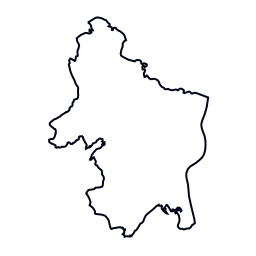 Sichevita, Caras-Severin, Romania (Natural Earth projection), rotated 273°
{"feature_id": "2599482B13579040818065", "entity_name": "Sichevita", "entity_type": "district", "adm_level": 2, "iso_a3": "ROU", "parent_name": "Romania", "parent_adm1": "Caras-Severin", "projection": "natural_earth1", "projection_center": [21.828, 44.711], "detail": "fine", "context": "isolated", "style": "outline", "palette": "ink", "viewbox_px": 256, "rotation_deg": 273, "n_neighbors": 0, "source": "geoboundaries", "source_scale": "gbopen_adm2", "svg_char_len": 5752}
<svg xmlns="http://www.w3.org/2000/svg" viewBox="0 0 256 256"><g transform="rotate(273 128 128)"><path d="M36.4,199.8L40.9,198.9L52.5,195.4L60.7,193.1L64.0,192.4L74.6,190.9L81.4,189.0L84.7,188.6L86.6,188.8L90.0,189.9L91.0,190.6L93.0,192.4L96.5,197.4L99.3,200.6L101.8,203.0L103.5,204.2L106.1,205.4L110.1,206.2L112.0,206.3L115.3,206.3L119.3,206.0L123.7,205.0L131.0,201.9L132.5,201.5L134.6,201.1L136.5,201.1L139.6,201.8L145.0,203.6L149.6,204.8L153.7,205.6L162.7,206.4L166.6,194.0L166.6,192.3L165.7,190.3L165.9,189.5L167.0,188.4L167.5,187.4L167.5,186.6L165.8,182.5L166.2,181.6L167.4,181.8L168.5,181.8L169.7,180.2L170.1,178.3L169.7,177.3L168.2,175.9L168.9,174.4L168.9,173.5L168.1,170.7L168.1,168.6L169.2,166.0L168.6,163.9L168.8,162.6L169.5,162.2L170.0,161.7L170.5,160.4L171.0,159.4L173.2,157.5L175.9,156.3L177.1,155.3L178.2,153.1L178.5,151.1L178.1,149.5L178.0,147.8L178.6,146.8L181.4,144.0L180.1,142.8L179.9,141.8L182.5,141.0L183.7,141.0L185.4,141.9L186.6,142.1L187.3,141.8L187.3,139.5L189.9,139.1L191.1,139.8L191.1,140.5L189.7,141.5L191.1,143.4L192.4,143.5L193.0,142.7L193.1,141.8L193.4,140.9L193.4,140.3L192.6,138.8L193.0,138.0L194.7,137.6L196.1,136.6L196.2,136.2L196.4,134.8L196.4,133.4L196.1,132.6L195.4,132.0L194.9,131.3L195.3,129.3L196.3,124.6L197.1,122.8L198.8,119.2L199.8,117.5L200.1,117.3L201.0,117.0L202.3,116.8L206.0,117.4L209.6,118.5L211.9,118.3L213.2,118.8L214.3,119.6L214.9,120.2L215.2,120.9L215.6,121.5L216.8,120.9L219.6,119.9L221.3,118.9L224.0,115.4L224.8,113.4L225.9,111.6L227.4,110.4L227.3,108.6L226.6,107.9L225.8,107.8L225.0,107.6L224.9,107.2L225.1,106.7L225.3,106.6L226.3,106.9L227.0,106.8L227.6,106.3L228.0,105.6L228.5,103.3L229.9,104.4L230.8,104.2L232.0,102.5L234.5,100.5L234.8,99.1L235.6,97.5L236.4,95.1L236.7,93.2L236.7,90.7L235.7,88.8L232.5,84.3L231.8,83.1L230.9,83.1L229.7,84.7L228.4,85.7L225.2,86.4L224.2,87.5L223.6,87.8L223.3,86.2L224.1,84.5L223.0,84.3L221.6,86.4L221.0,86.0L220.5,85.2L220.3,84.2L220.6,82.9L220.8,80.4L219.6,78.4L218.6,76.2L215.0,72.1L212.4,72.6L211.3,73.1L208.9,74.6L207.7,74.9L204.9,74.4L202.2,73.5L200.1,73.6L197.6,74.1L197.0,73.6L196.8,72.5L195.9,72.2L192.7,71.9L192.2,71.2L194.2,67.5L194.4,66.8L193.6,66.5L193.0,65.9L191.9,65.7L191.0,66.2L189.9,66.4L188.5,65.6L187.9,65.7L184.0,66.9L183.2,66.9L178.2,69.0L172.8,72.0L169.3,73.5L166.2,75.9L165.6,76.1L160.7,76.2L158.2,76.6L155.5,76.4L154.5,75.7L153.8,73.5L153.1,72.6L152.3,72.4L151.8,72.4L151.0,72.0L150.7,71.5L149.8,71.3L148.4,71.4L147.1,71.2L146.7,70.7L146.7,70.3L145.3,68.9L144.5,68.5L143.4,68.7L141.9,67.8L141.3,66.9L140.7,66.3L140.8,65.4L140.1,64.8L137.5,61.0L135.5,59.0L134.7,57.4L133.3,55.4L132.8,53.9L129.8,50.5L128.6,49.6L127.2,49.7L126.4,50.3L124.8,52.3L124.4,53.1L123.2,54.3L123.1,54.6L123.2,55.0L123.1,55.3L122.6,55.6L122.5,55.8L120.5,56.1L119.8,56.0L118.7,56.2L118.2,55.7L117.2,55.7L114.7,54.9L113.3,53.9L113.1,53.7L112.9,52.9L113.0,51.5L112.8,51.2L112.3,49.9L112.1,49.8L110.2,50.0L109.7,50.4L108.8,51.7L108.4,52.7L108.1,53.8L106.9,56.4L105.7,56.8L104.9,56.6L104.7,57.5L104.7,58.5L105.1,59.1L105.4,59.3L104.9,60.3L105.0,61.4L105.2,62.3L105.8,62.9L105.9,65.2L106.1,66.0L106.8,67.1L108.7,68.1L109.8,68.5L110.1,68.5L110.3,68.7L110.1,69.1L110.5,69.6L110.1,70.9L109.1,71.6L109.2,73.2L109.4,73.5L110.3,74.0L110.4,74.7L110.8,75.4L111.9,76.5L112.3,76.7L112.5,76.6L113.2,77.3L113.5,78.6L113.9,79.1L114.2,79.0L114.7,79.4L115.0,79.3L115.4,79.6L115.9,79.7L116.4,79.5L116.8,79.8L117.2,80.6L117.1,81.3L117.4,82.6L116.9,82.9L116.6,83.5L115.3,83.8L115.1,84.1L114.4,84.1L113.2,84.8L112.4,85.6L111.5,85.7L110.4,86.9L108.8,87.6L107.3,87.4L106.1,86.9L105.0,87.2L106.2,88.5L106.5,90.1L107.9,90.6L108.0,91.2L107.4,91.6L108.9,92.9L109.9,93.3L110.9,94.1L111.9,96.5L112.4,97.0L113.8,97.5L114.6,98.6L115.5,99.5L116.1,100.7L115.4,102.7L115.5,103.1L114.9,103.3L113.4,103.3L113.1,102.9L112.7,103.6L112.5,104.4L112.6,105.0L112.3,104.9L111.9,104.2L111.4,103.7L110.6,103.3L110.6,104.3L110.8,105.0L111.4,105.5L111.0,105.6L110.1,105.4L109.7,104.5L108.6,102.9L107.5,102.3L106.8,101.6L105.8,99.6L105.1,97.5L101.3,94.6L99.5,93.5L97.9,93.0L96.3,92.6L95.4,92.0L94.4,91.7L94.3,92.7L96.6,94.9L97.0,95.5L95.4,96.2L93.7,97.3L92.2,97.7L91.3,97.4L90.4,97.0L89.2,98.0L89.0,99.0L86.7,100.7L85.5,102.2L84.7,103.5L83.9,104.1L82.5,104.4L80.6,104.5L79.8,104.8L79.0,105.6L78.0,106.2L76.3,106.7L73.1,105.9L69.1,105.8L67.9,105.0L67.2,103.0L66.7,98.7L65.6,97.8L64.9,96.3L64.5,94.7L64.2,92.3L63.5,91.4L61.6,90.2L60.6,89.7L59.6,90.5L56.6,92.5L52.9,94.2L51.0,94.3L48.7,93.7L47.7,95.4L46.5,97.0L44.3,98.7L42.5,99.5L41.0,99.5L40.5,100.2L40.1,106.4L39.2,109.7L37.0,111.9L34.8,113.5L29.3,115.1L26.9,116.0L26.3,117.0L27.2,118.5L27.4,119.7L27.4,120.8L28.0,122.1L28.2,123.7L28.6,125.3L28.4,126.0L27.6,127.5L28.1,127.9L27.5,128.5L26.4,129.1L26.6,130.3L25.9,130.4L25.3,129.7L22.9,129.6L22.4,128.8L21.6,128.2L20.6,130.1L19.3,130.3L19.7,131.5L19.9,134.6L19.7,135.2L19.7,135.9L20.0,136.5L20.7,136.2L20.7,137.5L21.5,137.8L23.1,139.1L25.7,140.3L26.5,141.7L28.6,143.0L33.1,145.3L34.0,146.9L35.4,148.1L38.5,149.0L41.2,150.2L42.6,151.2L48.3,157.5L51.7,160.7L52.9,162.7L52.0,163.0L52.0,164.7L52.3,165.1L52.3,165.6L51.4,166.2L50.4,165.8L49.1,166.0L47.4,167.4L45.0,170.3L44.7,171.5L46.8,169.9L47.9,169.5L49.2,169.8L49.5,169.1L49.3,168.0L53.2,170.6L53.0,171.2L51.2,172.7L47.2,175.3L47.2,177.0L47.8,177.9L48.3,176.5L49.0,176.7L49.0,177.5L48.7,178.1L48.5,179.3L49.3,180.5L51.0,181.7L51.2,182.6L50.8,183.9L49.3,185.3L48.5,185.7L47.7,185.4L47.4,185.1L48.5,184.4L49.0,183.8L49.4,183.0L48.9,183.1L48.5,182.8L48.5,180.9L47.2,180.8L46.9,179.8L46.2,179.4L45.3,180.0L45.7,180.7L45.9,181.4L44.3,182.7L42.5,183.6L38.9,184.3L37.0,184.1L33.5,182.9L32.1,183.1L30.6,184.3L30.3,184.9L30.1,185.7L30.2,187.4L29.6,189.1L30.6,191.8L30.8,193.3L30.9,194.6L32.8,196.4L34.1,196.8L36.4,199.8Z" fill="none" stroke="#020617" stroke-width="2"/></g></svg>